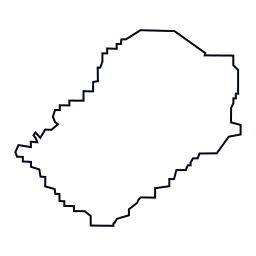 outline of Jefferson, Alabama, United States of America
{"feature_id": "52423323B83509298228219", "entity_name": "Jefferson", "entity_type": "district", "adm_level": 2, "iso_a3": "USA", "parent_name": "United States of America", "parent_adm1": "Alabama", "projection": "albers", "projection_center": [-86.946, 33.545], "detail": "fine", "context": "isolated", "style": "outline", "palette": "ink", "viewbox_px": 256, "rotation_deg": 0, "n_neighbors": 0, "source": "geoboundaries", "source_scale": "gbopen_adm2", "svg_char_len": 1368}
<svg xmlns="http://www.w3.org/2000/svg" viewBox="0 0 256 256"><path d="M121.4,39.3L120.8,44.1L116.6,44.0L116.7,48.8L107.1,48.5L107.2,53.3L102.4,53.3L102.4,61.8L100.2,67.6L97.7,67.6L97.9,81.2L93.2,81.9L93.0,91.4L83.5,91.2L83.5,100.7L69.3,100.6L69.4,105.4L59.8,105.3L59.8,110.0L55.0,110.0L52.9,116.7L55.0,122.1L58.0,124.2L51.4,129.8L45.2,129.6L40.3,137.8L35.4,132.5L33.5,135.3L35.8,138.2L37.3,142.3L30.8,141.7L30.9,147.1L18.5,145.1L15.4,152.1L17.0,156.7L22.9,156.9L22.8,161.5L31.0,161.9L31.0,166.8L39.3,169.4L40.5,176.7L45.3,176.9L45.2,186.4L54.6,189.0L55.4,193.9L59.4,194.0L59.5,198.9L59.5,201.1L64.3,201.2L64.3,205.9L73.9,206.1L74.0,211.1L84.7,211.2L90.7,216.0L90.7,218.7L90.7,225.5L101.3,225.7L113.4,225.8L113.4,223.5L114.6,222.8L114.6,222.5L117.0,218.8L128.9,215.3L128.9,209.3L137.3,202.7L138.4,199.7L140.8,197.4L152.6,197.6L155.1,197.6L155.1,194.0L155.1,188.2L169.3,186.2L169.3,179.0L174.0,179.1L176.4,170.1L185.8,170.0L187.8,165.3L190.6,165.4L190.5,162.4L191.1,161.8L192.9,158.4L197.7,158.3L199.5,153.5L210.7,153.4L216.8,153.3L228.7,136.7L240.6,134.5L240.6,127.3L240.6,124.9L231.0,122.4L231.1,107.9L233.4,103.2L233.4,98.4L235.8,98.4L235.8,93.8L235.9,93.6L238.2,93.7L238.1,91.3L238.1,69.9L233.3,65.2L233.3,55.6L223.7,55.5L220.9,55.5L204.7,55.4L205.3,53.1L174.3,31.0L166.4,30.9L140.4,30.2L126.0,39.3L121.4,39.3Z" fill="none" stroke="#020617" stroke-width="2"/></svg>